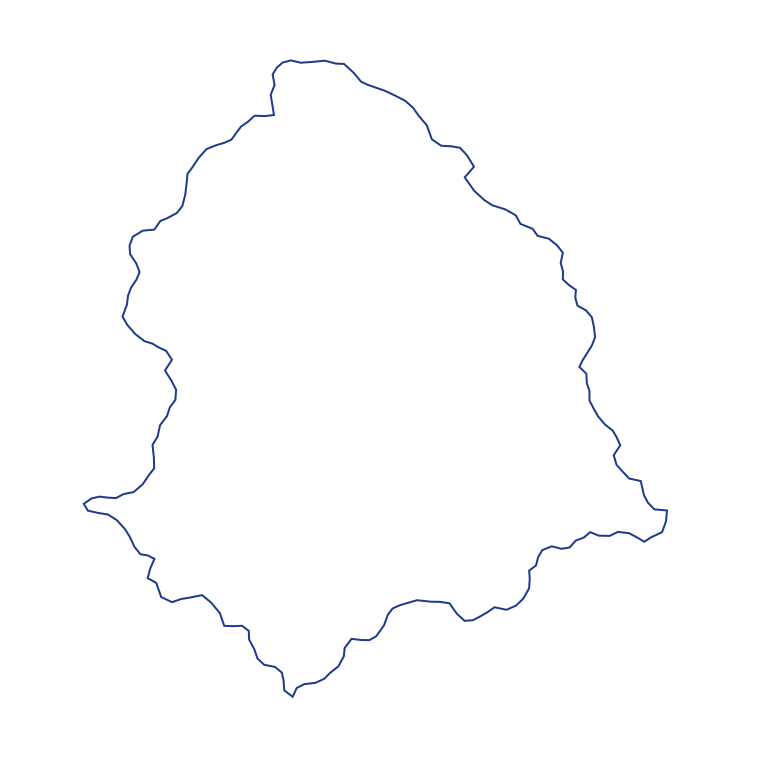 the district of Senhora do Porto, Minas Gerais, Brazil, rotated 184°
{"feature_id": "56859067B27680733127360", "entity_name": "Senhora do Porto", "entity_type": "district", "adm_level": 2, "iso_a3": "BRA", "parent_name": "Brazil", "parent_adm1": "Minas Gerais", "projection": "albers", "projection_center": [-43.08, -18.914], "detail": "fine", "context": "isolated", "style": "outline", "palette": "blue", "viewbox_px": 768, "rotation_deg": 184, "n_neighbors": 0, "source": "geoboundaries", "source_scale": "gbopen_adm2", "svg_char_len": 2755}
<svg xmlns="http://www.w3.org/2000/svg" viewBox="0 0 768 768"><g transform="rotate(184 384 384)"><path d="M403.9,676.7L414.1,679.4L421.4,681.4L428.0,684.0L435.8,692.2L446.2,700.5L454.5,700.3L465.7,702.4L478.0,700.3L489.4,698.7L499.6,700.3L507.5,697.6L512.9,692.2L516.7,685.1L514.0,674.6L517.2,664.7L515.2,656.1L512.5,644.7L521.1,643.0L531.8,642.6L537.7,636.4L544.7,630.7L549.4,623.3L553.3,617.1L559.8,613.6L568.0,610.5L577.3,606.1L584.7,596.6L590.2,586.9L594.7,579.9L594.9,570.4L595.5,558.9L597.6,547.4L602.6,540.1L611.8,534.3L618.5,531.0L623.9,522.0L635.5,520.1L644.8,513.4L647.5,504.0L646.3,495.8L639.5,486.9L635.6,478.6L638.3,470.7L643.0,462.6L645.5,454.3L646.0,445.3L649.5,433.0L644.5,425.4L635.9,416.7L625.9,410.0L617.8,408.1L611.1,404.7L603.7,401.9L597.2,393.4L603.4,382.2L596.3,372.5L591.0,363.8L591.0,353.6L596.0,345.8L598.3,336.7L604.6,327.2L606.2,315.7L610.7,307.1L608.4,294.5L607.4,283.8L612.7,275.9L617.8,267.0L626.3,258.7L636.1,256.0L643.4,251.5L651.1,251.4L660.0,251.8L667.9,249.4L675.1,243.5L670.6,237.0L660.0,235.4L650.4,234.6L641.1,229.6L632.2,221.1L626.8,213.6L621.6,204.2L615.1,197.2L607.7,196.5L600.8,193.5L604.3,183.7L606.2,173.8L597.3,169.7L591.4,155.9L580.2,151.6L571.3,155.4L562.8,157.4L550.7,160.7L541.0,153.7L531.7,143.9L526.5,131.6L517.6,131.9L508.8,132.9L501.7,128.3L500.7,119.6L494.8,110.2L491.0,101.3L483.9,95.5L473.1,94.2L465.7,88.9L463.5,81.1L462.1,71.4L453.3,65.6L449.9,74.6L442.7,79.0L431.6,81.1L423.1,85.7L417.9,91.8L409.8,99.2L405.1,109.6L404.8,118.0L398.6,127.5L388.4,127.0L380.6,127.5L374.1,131.9L367.1,143.4L364.1,154.1L359.7,160.7L352.8,164.4L345.3,167.2L336.0,170.6L321.7,170.1L312.8,170.6L303.4,169.8L295.3,159.9L287.1,153.4L278.9,154.5L272.7,158.3L265.5,163.1L258.1,169.0L246.0,167.3L236.8,172.2L230.1,179.6L225.0,190.3L225.0,199.7L226.2,207.9L219.7,213.6L218.2,221.9L214.5,229.3L205.3,233.8L195.5,232.0L187.5,233.8L181.9,241.1L173.9,244.8L168.0,250.6L159.1,247.7L148.3,248.2L140.5,252.7L129.3,252.3L120.7,248.5L113.4,244.8L106.7,249.8L96.3,255.6L93.1,266.6L92.9,277.6L105.6,277.8L112.5,284.1L116.9,291.2L121.1,305.1L132.8,306.8L140.0,313.4L146.4,319.6L149.9,329.0L144.0,339.3L148.2,347.1L152.6,353.5L160.6,358.9L168.2,366.6L173.0,373.9L177.9,381.9L178.5,391.2L181.7,399.0L182.9,408.4L190.3,414.7L187.4,421.7L183.3,429.4L179.4,436.7L176.7,445.3L178.5,455.2L181.3,465.0L187.6,471.5L196.5,475.7L199.2,483.5L199.1,491.2L206.2,495.5L212.9,500.8L213.2,508.6L216.2,517.2L214.7,527.3L220.9,534.3L229.8,540.5L241.1,542.5L246.6,549.2L259.0,553.2L264.4,561.5L275.3,566.7L288.7,569.9L296.9,574.6L307.5,583.0L317.9,595.8L309.4,607.0L317.2,617.9L324.6,624.9L333.0,625.8L343.6,625.7L353.3,631.4L359.5,645.3L367.5,653.3L374.4,661.8L382.7,668.0L391.9,672.0L403.9,676.7Z" fill="none" stroke="#1e3a8a" stroke-width="2"/></g></svg>